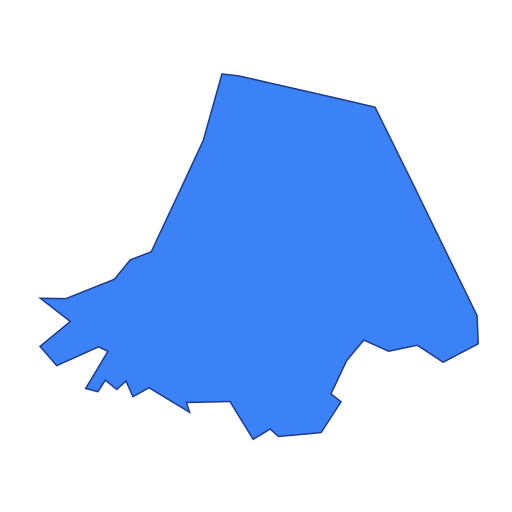 outline of Fayette, Kentucky, United States of America, rotated 88°
{"feature_id": "52423323B24182846637781", "entity_name": "Fayette", "entity_type": "district", "adm_level": 2, "iso_a3": "USA", "parent_name": "United States of America", "parent_adm1": "Kentucky", "projection": "natural_earth1", "projection_center": [-84.424, 38.027], "detail": "fine", "context": "isolated", "style": "filled", "palette": "blue", "viewbox_px": 512, "rotation_deg": 88, "n_neighbors": 0, "source": "geoboundaries", "source_scale": "gbopen_adm2", "svg_char_len": 738}
<svg xmlns="http://www.w3.org/2000/svg" viewBox="0 0 512 512"><g transform="rotate(88 256 256)"><path d="M107.1,147.7L103.2,162.1L83.6,236.1L75.4,266.8L72.9,283.7L126.8,300.9L138.8,304.7L159.8,315.4L193.8,332.7L206.8,339.4L248.1,360.5L255.5,381.9L274.3,398.3L292.0,447.7L290.7,473.0L315.0,443.9L338.8,475.0L358.6,459.0L341.3,416.6L346.1,407.3L382.5,430.9L386.1,418.8L374.9,410.9L384.5,399.8L376.4,390.3L392.3,383.9L383.9,367.5L409.9,327.8L400.0,330.6L400.5,287.1L439.1,265.2L431.5,251.6L429.4,248.0L437.1,239.8L435.4,207.3L434.6,197.0L404.7,176.1L396.4,185.9L363.6,169.0L343.8,151.2L355.8,126.8L350.8,97.9L368.7,72.7L351.5,37.0L323.5,37.1L190.6,96.1L111.5,131.8L107.1,147.7Z" fill="#3b82f6" stroke="#1e3a8a" stroke-width="1.5"/></g></svg>